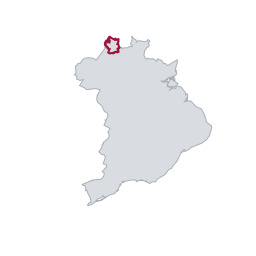 São Gabriel da Cachoeira, Amazonas, Brazil shown in context, rotated 28°
{"feature_id": "56859067B34307291662166", "entity_name": "São Gabriel da Cachoeira", "entity_type": "district", "adm_level": 2, "iso_a3": "BRA", "parent_name": "Brazil", "parent_adm1": "Amazonas", "projection": "natural_earth1", "projection_center": [-67.662, 0.359], "detail": "fine", "context": "in_parent", "style": "outline", "palette": "rose", "viewbox_px": 256, "rotation_deg": 28, "n_neighbors": 0, "source": "geoboundaries", "source_scale": "gbopen_adm2", "svg_char_len": 5901}
<svg xmlns="http://www.w3.org/2000/svg" viewBox="0 0 256 256"><g transform="rotate(28 128 128)"><path d="M79.9,58.5L82.0,60.6L84.5,59.6L85.3,60.9L86.8,59.1L90.2,57.2L91.0,55.4L93.2,54.4L93.4,53.2L90.9,52.8L90.2,48.0L88.0,44.9L90.9,46.4L93.6,46.4L95.4,48.0L96.0,46.1L102.6,43.7L104.0,42.1L103.9,40.7L105.9,40.6L106.5,41.3L105.9,43.7L107.6,44.4L108.2,46.4L107.0,48.0L106.5,52.0L107.8,56.2L110.9,58.6L112.2,58.3L112.9,56.9L114.1,57.2L117.6,55.0L122.1,55.7L121.4,53.9L122.1,52.7L123.0,53.3L125.9,52.4L129.2,54.5L130.6,53.5L133.7,54.3L139.4,44.7L140.4,45.7L142.4,54.5L143.4,55.8L145.3,56.6L145.5,58.8L142.2,63.0L140.2,64.4L137.5,70.1L134.8,71.0L137.6,71.1L141.7,68.2L142.5,71.9L143.6,73.0L147.8,71.8L146.5,75.9L148.2,72.6L150.1,70.7L151.1,71.2L151.5,70.6L151.1,69.1L152.4,67.3L155.7,66.9L162.7,70.1L163.2,71.7L164.2,70.6L165.8,71.8L166.2,73.2L165.4,74.1L165.7,74.6L166.6,73.7L166.8,74.6L166.0,75.5L165.5,78.3L166.6,77.2L167.4,75.1L167.5,76.6L170.7,74.6L178.0,77.1L183.9,76.8L189.6,80.6L194.6,86.0L200.8,86.9L202.0,88.9L203.5,96.6L202.8,101.6L200.3,106.7L193.3,115.0L193.3,114.3L191.9,118.1L189.7,121.5L188.7,122.0L188.0,120.5L187.4,121.2L186.4,124.8L186.8,135.0L185.3,140.9L185.4,143.3L183.4,145.7L182.7,151.6L177.9,159.1L177.6,162.6L174.8,164.0L173.4,166.8L170.0,166.9L169.3,165.8L169.0,167.0L163.6,167.3L163.9,168.3L160.4,170.7L158.5,170.6L155.0,172.6L150.7,176.2L149.8,177.9L149.1,177.3L148.8,178.0L147.8,177.7L149.0,178.7L148.0,179.9L147.6,181.8L148.1,185.9L147.0,192.1L143.3,195.7L138.6,204.2L134.3,208.1L134.3,206.8L137.2,205.2L140.0,200.5L140.1,199.7L138.4,200.2L137.4,198.7L137.9,200.2L137.3,201.9L134.7,204.8L133.8,207.1L134.0,208.3L131.8,212.7L129.1,215.4L128.5,215.0L128.6,212.8L130.2,210.9L128.0,207.8L122.9,204.3L121.4,202.4L119.9,203.4L119.8,202.1L116.9,199.0L115.5,199.8L114.1,199.4L120.6,191.2L121.4,191.3L121.3,190.5L128.5,185.6L129.2,181.6L128.0,178.7L125.7,178.6L127.3,171.8L125.9,170.7L122.9,171.3L121.7,164.2L119.2,162.9L117.4,163.8L113.4,162.8L114.1,158.1L112.9,154.3L114.1,153.5L113.0,152.4L115.6,145.6L114.3,142.4L112.2,141.2L112.4,136.9L105.5,136.8L105.2,133.3L104.0,131.6L105.1,131.5L104.3,125.7L102.1,124.4L99.4,124.5L94.5,120.7L89.3,119.7L87.1,117.6L85.6,114.3L85.6,107.4L81.1,108.3L73.2,113.7L70.9,113.0L65.4,113.3L65.8,106.2L63.1,108.6L59.5,108.8L58.7,106.5L55.5,106.1L56.4,104.2L52.5,97.8L53.5,96.7L53.4,94.9L55.8,92.9L55.4,91.3L56.7,86.9L60.7,84.2L64.8,82.7L68.0,83.2L70.2,69.4L69.3,66.3L67.6,64.6L67.6,61.4L71.1,61.1L70.5,59.3L68.4,59.3L68.4,56.4L74.9,56.3L74.8,55.1L75.8,56.2L77.9,54.6L79.0,56.4L79.1,58.7L79.9,58.5ZM144.2,64.5L151.4,65.3L149.6,70.2L148.3,70.3L148.1,71.2L147.0,70.8L145.9,72.0L143.2,72.0L142.2,69.6L142.9,68.9L142.1,68.1L142.6,65.2L144.2,64.5ZM138.1,70.4L139.2,66.9L140.3,66.4L140.2,68.6L138.1,70.4ZM146.2,62.8L145.5,64.1L143.8,63.8L144.1,63.0L146.2,62.8ZM143.7,61.4L143.4,64.0L142.7,63.8L143.7,61.4ZM147.3,64.5L146.3,64.7L145.8,64.4L147.1,63.6L147.3,64.5ZM142.6,64.6L141.6,65.5L141.1,65.0L141.9,64.2L142.6,64.6ZM144.5,62.3L144.1,61.7L144.9,61.2L145.0,61.7L144.5,62.3ZM144.0,55.3L143.4,55.5L143.2,54.5L143.8,54.4L144.0,55.3ZM148.3,188.5L148.1,187.6L148.6,186.9L148.8,187.1L148.3,188.5ZM161.0,170.3L161.1,171.3L160.4,171.1L161.0,170.3ZM148.2,182.4L147.9,181.9L148.4,181.3L148.5,181.5L148.2,182.4ZM166.4,76.6L166.0,77.6L166.4,76.2L166.4,76.6ZM188.3,122.1L187.6,122.4L188.1,121.6L188.3,122.1ZM165.5,167.7L164.8,168.0L164.7,167.8L165.1,167.4L165.5,167.7ZM187.1,124.0L186.8,124.5L186.6,124.2L187.1,124.0ZM164.5,69.7L164.6,70.2L164.4,70.1L164.5,69.7Z" fill="#d9dde1" stroke="#a8b0b8" stroke-width="1"/><path d="M76.7,70.8L77.0,70.7L77.3,70.5L77.4,70.4L77.5,70.3L77.5,70.1L78.0,69.7L78.3,69.6L78.6,69.4L79.0,69.1L79.3,69.2L79.5,69.2L79.8,69.0L79.7,68.8L79.6,68.7L79.7,68.4L79.9,68.4L80.1,68.3L80.3,68.4L80.5,68.3L80.5,68.0L80.5,67.8L80.6,67.7L80.6,67.4L80.6,67.2L80.8,66.9L81.0,66.8L81.1,66.7L81.3,66.7L81.5,66.5L82.0,66.6L82.2,66.4L82.3,66.2L82.5,66.2L82.8,66.2L82.8,65.9L83.0,65.7L83.3,65.6L83.5,65.5L83.7,65.4L83.7,65.2L83.6,64.8L83.4,64.8L83.3,65.1L83.2,65.1L83.1,64.9L83.0,64.7L82.9,64.7L83.0,64.7L82.9,64.6L83.0,64.4L82.8,64.3L82.8,64.2L82.9,63.9L82.7,63.7L82.4,63.5L82.2,63.5L82.2,63.4L81.9,63.2L81.9,63.3L81.8,63.2L81.7,63.1L81.8,63.0L81.8,62.9L82.0,62.8L82.1,62.7L82.2,62.4L82.2,62.2L82.2,61.9L82.3,61.9L82.4,61.7L82.5,61.7L82.8,61.5L82.8,61.4L82.8,61.2L82.7,61.2L82.4,61.0L82.3,60.8L82.1,60.7L80.0,58.5L79.1,58.8L79.1,58.6L79.1,58.1L79.2,57.6L79.1,56.7L79.1,56.3L79.0,56.0L78.8,55.7L78.5,55.7L78.4,55.6L78.2,54.9L78.1,54.2L77.9,54.0L77.7,54.1L77.4,54.4L77.3,54.6L77.2,54.7L77.1,54.9L77.1,55.0L76.9,55.0L76.6,54.9L76.3,55.2L76.1,55.4L76.0,55.5L75.9,55.5L75.9,55.8L75.7,55.8L75.4,55.5L75.2,55.5L75.2,55.4L75.1,55.2L74.9,55.1L74.6,55.4L74.6,55.6L74.6,55.8L74.6,56.0L74.8,56.0L75.0,56.2L75.0,56.3L71.0,56.3L70.2,56.3L70.1,56.2L69.9,56.1L69.6,56.0L69.3,56.2L69.3,56.3L69.2,56.2L69.1,56.3L69.1,56.2L68.9,56.2L68.7,56.3L68.5,59.2L68.8,59.0L69.0,59.0L69.4,59.1L69.5,59.1L69.8,59.2L70.0,59.2L70.0,59.3L70.3,59.1L70.5,59.1L70.6,59.3L70.9,59.5L71.1,59.7L71.1,59.8L71.0,60.0L71.1,60.3L71.2,60.5L71.2,60.9L71.3,61.1L71.2,61.1L70.9,61.3L70.7,61.3L70.6,61.2L70.4,61.2L70.3,61.3L70.3,61.2L70.1,61.1L70.0,60.9L69.9,60.8L69.9,60.7L69.8,60.8L69.7,60.9L69.7,61.0L69.4,61.1L69.2,61.0L68.9,61.1L68.9,61.3L68.8,61.2L68.6,61.5L68.6,61.4L68.4,61.4L68.2,61.4L68.1,61.5L67.9,61.5L67.7,61.5L67.7,63.7L67.8,63.7L67.9,63.8L67.9,64.0L68.0,64.1L68.1,64.4L68.2,64.5L68.3,64.7L68.6,64.5L68.6,64.4L68.8,64.5L68.9,64.8L69.1,64.8L69.4,65.0L69.4,65.3L69.4,65.5L69.5,65.5L69.8,65.6L69.8,65.8L70.1,65.8L70.3,66.0L70.5,66.2L70.6,66.3L70.9,66.3L71.0,66.4L71.3,66.4L71.5,66.2L71.6,66.3L71.6,66.2L71.8,66.2L72.0,66.2L72.3,66.3L72.6,66.5L72.9,66.6L73.0,66.8L73.2,67.0L73.4,67.3L73.6,67.4L73.8,67.4L74.0,67.3L74.2,67.2L74.3,67.2L74.5,67.1L74.8,67.0L75.0,70.6L75.4,70.6L75.5,70.6L75.9,70.8L76.1,70.8L76.2,70.7L76.4,70.7L76.6,70.8L76.7,70.8Z" fill="none" stroke="#9f1239" stroke-width="2"/></g></svg>